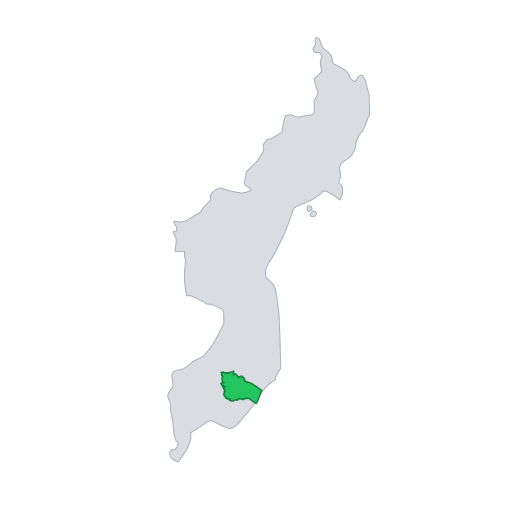 Zomba, Zomba, Malawi shown in context, rotated 35°
{"feature_id": "42251766B13881881574545", "entity_name": "Zomba", "entity_type": "district", "adm_level": 2, "iso_a3": "MWI", "parent_name": "Malawi", "parent_adm1": "Zomba", "projection": "albers", "projection_center": [35.302, -15.438], "detail": "fine", "context": "in_parent", "style": "filled", "palette": "green", "viewbox_px": 512, "rotation_deg": 35, "n_neighbors": 0, "source": "geoboundaries", "source_scale": "gbopen_adm2", "svg_char_len": 7264}
<svg xmlns="http://www.w3.org/2000/svg" viewBox="0 0 512 512"><g transform="rotate(35 256 256)"><path d="M198.0,297.6L195.1,293.6L192.7,294.6L189.4,297.5L187.6,298.3L186.7,298.2L186.1,297.5L185.4,295.7L182.8,290.6L179.9,286.9L176.8,285.5L174.3,283.8L175.4,282.2L176.5,281.0L176.0,279.8L174.6,278.0L169.2,275.5L169.1,274.4L173.8,272.1L176.8,269.5L178.8,266.9L181.3,261.3L183.4,255.8L184.9,254.0L185.4,250.3L185.0,246.1L186.0,240.9L186.5,235.9L184.9,234.0L183.5,230.6L185.0,224.9L187.5,220.9L199.5,216.7L207.8,212.9L209.6,211.3L212.4,208.1L214.0,205.0L212.8,204.1L206.2,204.1L204.6,202.9L199.7,192.1L202.3,179.6L202.4,174.7L202.3,168.7L201.4,164.3L199.3,162.4L198.0,160.1L198.3,153.6L200.2,152.8L204.4,144.2L206.2,139.1L203.9,135.1L201.4,129.4L200.2,125.7L199.6,124.5L201.3,122.3L204.1,120.0L207.3,119.4L210.7,118.3L221.2,107.6L221.3,105.5L219.4,102.0L215.3,96.6L214.4,94.4L213.9,88.0L212.3,86.0L206.4,81.7L201.9,77.2L203.2,72.5L204.0,67.5L201.7,64.7L198.4,61.8L196.3,57.6L195.3,54.5L192.7,53.3L190.3,53.2L188.5,55.2L186.6,55.1L184.3,54.4L183.5,51.7L183.4,48.8L181.8,46.8L180.2,44.0L180.0,42.6L180.9,42.1L183.0,41.8L191.6,47.3L196.9,47.5L202.7,48.5L207.7,53.4L210.3,54.0L213.6,53.3L222.9,52.7L226.7,53.4L231.6,56.2L233.5,56.6L236.5,56.7L237.0,55.9L237.3,54.2L236.8,50.8L237.4,48.9L239.3,46.9L244.4,49.2L257.2,59.9L257.6,61.2L265.8,71.8L268.5,76.3L268.5,78.7L271.0,88.0L271.6,92.3L271.1,95.7L271.2,98.3L272.2,102.1L271.8,103.7L274.8,109.2L276.2,113.9L276.5,118.5L275.7,122.9L273.1,129.4L272.7,132.1L273.3,134.4L274.9,137.0L277.7,139.8L279.8,143.2L281.2,147.1L282.4,148.9L283.9,148.8L286.6,149.4L288.8,151.7L291.3,155.6L292.2,160.1L292.5,162.0L285.3,161.8L276.2,162.6L273.9,164.3L273.3,168.2L270.5,176.2L268.9,179.1L265.5,184.5L260.8,192.1L259.9,194.6L260.0,197.1L262.9,207.4L265.8,218.2L266.8,222.4L268.9,236.7L270.1,246.9L270.3,252.9L271.3,260.8L273.9,265.1L276.6,267.8L286.8,269.4L289.9,271.4L295.7,276.5L308.3,290.6L315.2,299.6L321.2,307.5L332.1,322.2L340.5,333.6L341.5,344.3L342.9,345.9L340.1,353.8L338.2,366.6L339.5,375.1L338.9,389.6L337.3,405.1L335.4,410.6L332.9,412.7L327.1,414.4L314.2,416.3L312.3,418.1L310.6,421.1L308.1,428.2L305.0,435.4L304.0,438.5L304.6,439.2L307.4,442.9L310.1,452.2L310.6,468.3L309.6,469.5L305.9,470.2L301.8,469.9L300.1,469.0L298.6,467.3L297.5,463.8L300.2,461.4L301.1,457.3L299.4,453.7L296.0,452.9L291.6,449.6L282.3,438.9L274.5,431.4L270.0,425.2L265.3,422.7L264.0,421.2L262.9,418.5L262.8,414.7L263.2,411.9L261.8,408.8L257.1,403.9L254.9,401.2L254.8,398.0L256.7,394.9L260.7,391.1L263.7,383.4L264.8,378.4L270.4,368.4L271.2,359.7L271.3,352.8L270.9,347.6L269.4,336.9L268.4,329.6L261.3,320.0L259.1,319.1L252.4,320.0L246.7,321.4L243.8,323.4L239.6,323.6L228.4,325.3L224.9,326.1L222.8,327.8L221.7,328.2L214.6,320.8L208.3,312.8L200.3,299.2L198.0,297.6ZM279.5,191.5L277.6,192.0L276.4,191.0L276.7,188.0L277.4,185.9L279.3,185.5L280.6,186.1L281.5,187.1L281.5,188.6L281.0,190.3L279.5,191.5ZM275.3,186.1L274.2,189.1L272.0,189.0L269.8,186.4L270.5,184.4L272.5,183.8L274.3,184.5L275.3,186.1Z" fill="#d9dde1" stroke="#a8b0b8" stroke-width="1"/><path d="M297.3,369.6L297.0,369.9L296.8,370.0L296.6,370.0L296.3,369.9L296.1,369.8L296.0,370.1L295.9,370.1L295.7,370.1L295.2,370.6L294.9,370.7L294.7,370.8L294.5,371.3L294.8,371.3L295.1,371.3L295.3,371.5L295.3,371.9L295.6,372.3L295.7,372.7L295.9,372.8L296.1,372.9L296.1,373.1L296.3,373.1L296.3,373.3L296.5,373.5L296.7,373.4L296.8,373.6L297.2,373.7L297.3,373.7L297.5,373.8L298.0,373.9L298.2,374.3L298.1,374.7L298.2,374.9L298.2,375.2L298.3,375.3L298.8,376.4L299.8,377.4L300.3,377.9L300.5,378.0L301.2,378.0L301.7,378.0L302.2,378.0L301.9,378.4L301.7,378.7L301.4,379.0L301.2,379.3L300.4,380.4L301.8,381.1L301.8,381.3L302.0,381.4L302.4,381.1L303.0,380.9L303.4,381.1L303.3,381.4L303.2,381.7L303.3,381.8L303.5,382.1L303.8,381.6L304.0,381.0L304.3,381.1L305.2,380.8L305.3,380.8L305.1,381.0L305.0,381.3L304.9,381.4L304.9,381.5L305.0,381.9L305.1,382.0L305.1,382.5L305.1,382.8L305.1,383.0L305.3,383.1L305.6,383.3L306.3,383.5L306.3,383.4L306.5,383.5L306.6,383.4L306.7,383.5L306.7,383.4L306.8,383.4L307.0,383.4L307.1,383.5L307.3,383.6L307.4,383.8L307.5,383.8L307.4,384.1L307.6,384.3L307.7,384.5L307.7,384.9L307.8,384.9L307.8,385.0L308.0,385.0L307.9,385.2L308.0,385.3L308.1,385.9L308.2,386.0L308.3,386.4L308.2,386.4L308.3,386.4L308.4,386.5L308.5,386.6L308.5,387.0L308.8,387.4L309.2,387.6L309.3,387.8L309.3,388.0L309.5,388.1L309.6,388.3L309.9,388.4L309.8,388.5L310.2,388.7L310.3,388.7L310.5,388.7L311.3,388.9L311.5,388.9L311.8,389.1L312.0,389.1L312.1,389.3L312.4,389.4L312.4,389.5L312.6,389.6L313.0,389.6L313.4,389.6L313.5,389.7L313.8,389.6L314.0,389.5L314.5,389.4L314.8,389.3L315.0,389.2L315.3,389.0L315.2,388.9L315.3,388.9L315.5,388.9L315.7,388.7L315.8,388.6L316.1,388.5L316.4,388.7L316.5,388.6L316.5,388.8L316.8,389.0L317.0,389.2L317.5,389.1L317.8,389.0L318.0,388.9L318.3,389.0L318.4,388.8L318.7,388.8L318.8,388.9L319.0,388.8L319.0,388.6L319.3,388.4L319.3,388.2L319.5,388.2L319.8,388.1L320.4,388.0L320.4,387.8L320.5,387.5L320.5,387.4L320.6,387.1L320.9,386.8L321.0,386.6L321.2,386.4L321.3,386.2L321.7,385.6L322.0,385.5L322.4,385.4L322.5,385.1L322.8,385.1L322.8,384.9L323.1,384.9L323.2,384.7L323.5,384.3L323.7,383.9L323.8,383.9L323.8,383.6L323.7,383.4L323.6,383.2L323.9,382.8L323.9,382.5L324.0,382.3L324.4,382.5L324.8,382.1L325.0,381.9L325.3,381.9L325.5,381.9L326.0,381.6L326.1,381.8L326.3,381.8L326.4,381.6L326.2,381.5L326.1,381.4L326.2,381.2L326.3,381.2L326.6,381.2L326.8,381.1L327.1,381.1L327.2,380.8L327.3,380.7L327.4,380.9L327.6,380.9L327.8,380.6L328.0,380.6L327.9,380.4L328.0,380.2L328.3,380.1L328.4,379.9L328.5,379.8L328.5,379.7L328.8,379.4L328.7,379.3L328.7,379.2L328.8,379.2L329.0,379.0L328.9,378.9L329.0,378.8L329.1,378.5L329.3,378.4L329.4,378.5L329.6,378.4L329.8,378.3L329.8,378.2L330.0,378.0L330.2,377.9L330.4,377.9L330.6,377.6L330.6,377.4L330.7,377.1L330.9,376.9L331.0,376.8L340.6,376.8L340.7,375.0L339.0,367.8L337.8,362.8L325.6,362.9L323.0,363.7L322.8,363.6L322.5,363.6L322.0,363.9L321.8,364.0L321.6,364.3L321.4,364.3L321.2,364.2L321.1,364.3L321.1,364.6L320.6,364.5L320.5,364.4L320.4,364.4L320.2,364.6L319.9,364.7L319.6,364.7L319.4,364.7L319.0,364.9L318.9,364.8L318.9,364.6L318.3,364.8L317.9,364.6L318.0,364.3L317.7,363.9L317.2,363.7L316.9,363.4L316.6,363.2L316.3,363.1L315.9,362.8L315.3,362.8L315.1,362.8L314.9,362.7L314.6,362.7L314.5,362.8L314.4,363.1L314.1,363.1L313.6,362.6L313.5,362.8L313.2,363.2L312.7,363.1L312.3,363.3L312.2,363.5L312.2,363.9L311.9,364.2L311.8,364.3L311.5,365.2L311.5,365.7L311.4,365.8L311.3,365.7L310.8,365.0L310.7,364.9L310.2,364.9L309.7,365.0L309.4,364.9L308.1,364.5L307.5,364.3L307.2,364.2L306.9,364.3L306.7,364.4L306.5,364.7L306.4,364.8L306.2,365.1L306.1,365.5L306.0,365.9L305.9,365.9L305.8,366.0L305.7,365.9L305.6,365.7L305.5,365.4L305.2,365.3L304.9,365.1L304.7,365.1L304.6,364.9L304.5,364.4L304.4,364.2L304.3,363.8L304.2,363.7L303.7,363.2L303.5,363.5L303.4,363.7L303.2,364.2L303.1,364.4L302.6,364.9L302.4,365.0L302.2,365.3L301.6,366.1L301.2,366.3L301.0,366.6L300.8,366.9L300.7,367.0L300.8,367.1L301.1,367.1L300.9,367.4L300.7,367.5L300.3,368.1L300.2,368.2L299.8,368.1L299.6,368.3L299.4,368.5L299.2,368.9L299.0,368.6L298.9,368.5L298.6,368.8L298.5,369.0L298.5,369.4L298.3,369.6L298.1,369.6L297.8,369.5L297.5,369.4L297.3,369.6Z" fill="#22c55e" stroke="#15803d" stroke-width="1.5"/></g></svg>